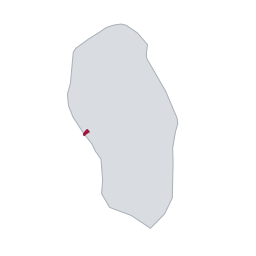 13, Ad Dawhah, Qatar shown in context, rotated 162°
{"feature_id": "91078587B12401503508412", "entity_name": "13", "entity_type": "district", "adm_level": 2, "iso_a3": "QAT", "parent_name": "Qatar", "parent_adm1": "Ad Dawhah", "projection": "orthographic", "projection_center": [51.541, 25.292], "detail": "fine", "context": "in_parent", "style": "filled", "palette": "rose", "viewbox_px": 256, "rotation_deg": 162, "n_neighbors": 0, "source": "geoboundaries", "source_scale": "gbopen_adm2", "svg_char_len": 1533}
<svg xmlns="http://www.w3.org/2000/svg" viewBox="0 0 256 256"><g transform="rotate(162 128 128)"><path d="M137.8,224.9L127.3,227.5L117.3,230.3L109.1,230.2L102.4,229.0L98.0,226.3L89.6,215.4L83.7,201.2L87.4,193.4L88.7,188.4L80.8,151.2L78.3,122.6L79.3,116.7L83.9,110.0L91.7,95.2L95.9,80.9L107.5,47.8L119.7,35.0L137.6,25.7L152.2,44.0L170.0,58.1L173.4,73.7L168.2,86.4L163.3,106.7L166.2,116.0L167.3,124.1L172.2,137.7L176.9,155.2L177.7,167.5L175.2,178.8L168.9,188.4L156.6,217.0L152.9,220.0L137.8,224.9Z" fill="#d9dde1" stroke="#a8b0b8" stroke-width="1"/><path d="M166.7,137.5L166.9,138.0L167.1,138.6L167.5,138.9L168.9,138.1L169.6,137.7L170.2,137.3L170.8,136.9L170.7,136.8L170.6,136.7L170.9,136.5L170.8,136.4L170.6,136.5L170.6,136.2L170.8,136.1L171.1,136.0L171.0,135.9L171.4,136.4L171.6,136.3L171.0,135.1L171.3,134.9L171.5,134.8L171.8,135.5L172.2,135.3L171.9,134.6L170.9,135.0L171.1,135.7L170.6,135.9L170.6,135.7L170.4,135.5L170.2,135.6L170.3,135.8L170.3,136.0L170.3,135.9L170.3,136.0L170.2,136.0L170.1,135.9L170.0,135.7L169.9,135.7L169.7,135.7L169.7,135.8L169.8,135.9L170.0,135.9L170.0,136.0L170.0,136.3L169.9,136.3L169.6,136.3L169.6,136.6L169.4,136.7L169.1,136.8L169.0,136.7L169.3,136.6L169.2,136.6L169.2,136.3L169.3,136.3L169.1,136.3L169.1,136.2L169.0,136.3L168.7,136.2L168.7,136.4L168.9,136.3L169.0,136.3L169.0,136.5L169.0,136.4L168.9,136.6L169.0,136.6L168.9,136.7L168.7,136.7L168.4,136.6L168.5,136.5L168.4,136.4L168.4,136.5L168.1,136.4L166.4,136.4L166.6,137.2L166.7,137.5Z" fill="#f43f5e" stroke="#9f1239" stroke-width="1.5"/></g></svg>